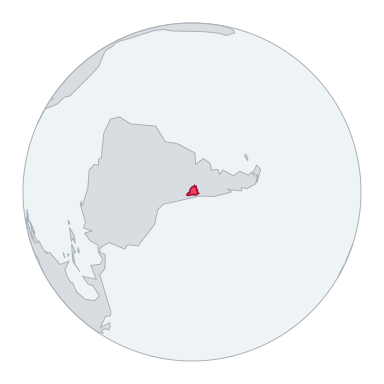 San Juan on an orthographic globe, rotated 253°
{"feature_id": "ARG-1273", "entity_name": "San Juan", "entity_type": "Province", "adm_level": 1, "iso_a3": "ARG", "parent_name": "Argentina", "parent_adm1": "", "projection": "orthographic", "projection_center": [-68.983, -30.369], "detail": "fine", "context": "on_globe", "style": "filled", "palette": "rose", "viewbox_px": 384, "rotation_deg": 253, "n_neighbors": 0, "source": "natural_earth", "source_scale": "10m", "svg_char_len": 5307}
<svg xmlns="http://www.w3.org/2000/svg" viewBox="0 0 384 384"><g transform="rotate(253 192 192)"><circle cx="192" cy="192" r="169" fill="#eef3f6" stroke="#a8b0b8"/><path d="M155.4,27.0L155.7,27.0L169.8,24.9L169.0,25.4L171.9,25.8L174.8,25.1L173.6,24.6L179.7,23.7L177.5,23.7L178.6,23.6L191.4,23.0L191.5,23.1L194.1,23.1L196.9,23.1L199.5,23.2L203.7,23.7L215.1,25.4L215.9,25.9L208.8,26.0L196.9,25.4L187.7,27.3L199.6,25.9L201.2,27.8L203.9,28.3L207.3,28.4L209.0,27.8L210.8,28.6L199.7,29.8L197.9,29.0L201.4,28.5L195.8,28.4L188.4,30.1L189.8,31.3L177.1,33.8L178.0,34.9L175.7,36.3L175.2,34.3L175.9,38.2L161.2,44.8L161.8,54.2L154.8,47.7L148.4,47.9L140.6,49.6L140.5,51.1L130.3,52.4L120.7,58.2L116.6,67.2L119.6,72.9L131.0,70.1L134.7,65.5L143.3,62.9L136.6,74.9L151.4,73.8L149.6,82.9L153.8,87.1L161.4,84.9L169.2,86.4L174.9,80.6L184.0,77.3L184.1,84.8L189.2,77.8L194.3,81.3L212.5,81.6L211.1,83.2L226.5,93.7L243.1,100.1L247.0,106.9L245.0,110.3L250.8,112.5L250.9,115.1L273.8,124.7L285.4,135.2L285.0,144.7L275.1,153.1L265.7,176.5L247.8,181.2L242.9,191.6L228.5,206.3L217.7,203.6L220.5,212.8L214.3,217.5L207.2,217.3L205.8,223.6L200.6,223.5L204.0,228.0L195.5,236.3L197.9,243.6L191.7,250.8L193.5,255.2L191.1,255.1L188.7,256.8L188.5,259.3L181.3,255.3L179.1,245.4L181.7,240.4L178.5,239.8L183.9,227.3L180.5,229.9L181.2,212.2L185.9,198.1L188.7,160.9L185.0,154.1L172.0,146.8L156.3,124.6L160.4,114.9L157.0,111.1L168.1,97.8L165.3,87.5L161.4,86.4L157.4,90.8L144.2,86.3L139.8,79.6L101.1,79.4L97.5,77.7L98.1,72.7L89.1,64.6L91.2,74.9L87.0,74.4L84.3,71.7L86.7,69.4L86.2,64.9L83.0,65.6L85.9,60.7L91.8,56.0L103.5,48.1L115.7,41.2L128.6,35.4L141.8,30.7L155.4,27.0ZM160.7,57.8L177.6,61.7L167.8,63.1L169.7,61.9L165.4,60.1L157.4,59.0L148.8,61.4L160.7,57.8ZM168.8,51.3L165.8,51.2L168.8,50.9L168.8,51.3ZM193.4,264.1L181.9,256.8L188.3,260.0L192.6,256.0L198.7,261.7L193.4,264.1ZM206.1,254.4L211.2,252.7L212.5,254.1L209.2,255.6L206.1,254.4ZM315.2,76.4L314.5,75.7L309.2,70.5L302.8,64.4L315.2,76.4ZM343.0,267.7L341.3,271.0L341.1,270.7L337.8,276.0L334.8,278.9L331.7,279.3L331.7,270.5L335.6,265.0L341.7,250.7L351.7,220.5L355.9,211.7L357.5,202.3L357.1,176.8L357.5,167.6L356.4,161.4L354.7,158.9L352.9,151.7L351.4,149.4L339.4,139.6L333.1,128.7L319.6,103.3L320.0,97.6L315.6,88.9L314.2,75.4L317.2,78.5L324.9,87.7L331.9,97.3L338.3,107.4L343.9,117.9L348.7,128.9L352.8,140.1L356.0,151.6L358.5,163.2L360.1,175.1L360.9,187.0L360.8,198.9L359.9,210.8L358.2,222.6L355.6,234.3L352.2,245.7L348.0,256.9L343.0,267.7ZM320.6,84.6L322.0,86.8L320.6,84.6ZM213.1,81.5L215.3,83.1L212.4,83.0L213.1,81.5ZM166.3,65.9L169.9,65.7L171.8,66.6L169.0,67.1L166.3,65.9ZM197.3,64.7L201.5,65.4L197.0,65.9L197.3,64.7ZM180.3,62.2L193.9,64.5L185.2,66.6L176.7,65.4L182.6,64.6L180.3,62.2ZM166.8,54.7L169.1,55.0L168.3,56.1L166.8,54.7ZM170.9,51.1L170.0,51.3L169.0,50.5L170.9,51.1ZM201.8,27.7L202.8,27.7L206.1,27.9L204.5,28.2L201.8,27.7ZM221.3,28.2L223.8,29.6L220.9,28.5L219.1,28.8L210.8,27.4L215.8,26.1L215.0,26.8L221.3,28.2ZM201.1,25.6L205.8,26.3L200.5,25.7L201.1,25.6ZM80.3,318.8L79.5,317.8L84.4,321.9L90.6,326.8L95.5,330.6L80.3,318.8ZM70.5,309.4L70.7,309.6L68.5,307.0L78.4,316.7L76.1,314.9L71.7,310.6L71.5,310.4L70.5,309.4Z" fill="#d9dde1" stroke="#a8b0b8" stroke-width="1"/><path d="M189.5,191.2L189.6,190.9L189.6,190.7L189.6,190.3L189.6,190.1L189.5,189.9L189.5,189.7L189.4,189.4L189.3,189.2L189.3,188.9L189.4,188.7L189.5,188.5L189.6,188.4L189.8,188.4L189.9,188.2L189.9,187.9L189.9,187.7L190.0,187.7L190.1,187.4L190.0,187.2L190.0,186.9L190.1,186.7L190.2,186.4L190.3,186.2L190.5,186.3L190.8,186.3L191.0,186.4L191.5,186.8L191.6,187.0L191.7,187.3L191.9,187.5L192.0,187.7L192.0,187.8L192.2,188.0L192.0,188.3L191.9,188.4L191.9,188.5L192.0,188.7L192.1,188.8L192.0,189.0L192.0,189.3L191.9,189.5L191.9,189.8L192.0,189.8L192.3,189.8L192.5,189.8L192.7,189.7L192.8,189.8L193.0,189.9L193.6,190.0L193.8,190.1L194.0,190.3L194.1,190.5L194.3,190.5L194.5,190.7L194.5,190.8L194.7,191.0L194.8,191.1L195.0,191.2L195.1,191.3L195.4,191.7L195.5,191.7L195.5,191.8L195.6,192.0L195.8,192.2L195.9,192.4L196.0,192.5L196.3,192.8L196.4,193.0L196.5,193.0L196.7,193.3L196.8,193.5L196.7,193.9L196.7,194.0L196.9,194.1L196.7,194.9L196.8,195.0L196.9,195.3L196.9,195.5L197.1,195.7L197.3,195.8L197.4,196.0L197.5,196.2L197.6,196.3L197.6,196.5L197.0,196.5L196.9,196.5L196.8,196.4L196.7,196.4L196.4,196.5L196.3,196.4L196.2,196.4L196.0,196.5L196.0,196.8L196.0,197.0L196.0,197.3L196.0,197.6L195.8,197.5L195.7,197.5L195.3,197.5L195.2,197.5L194.9,197.5L194.8,197.4L194.7,197.4L194.6,197.2L194.4,197.0L194.0,197.1L193.9,197.2L193.5,197.3L193.4,197.3L192.9,197.7L192.7,197.8L192.2,197.8L192.2,197.0L191.9,197.0L191.8,196.9L191.6,196.7L191.4,196.8L191.2,197.0L190.9,197.0L190.7,197.1L190.4,197.2L190.4,197.3L190.4,197.5L190.0,197.6L189.5,197.7L189.4,197.7L189.2,197.7L188.9,197.7L188.8,197.8L188.8,197.7L188.7,197.7L188.6,197.4L188.6,197.2L188.5,196.9L188.7,197.0L188.8,196.9L188.9,196.7L188.7,196.5L188.4,196.4L188.2,196.2L188.1,195.9L188.0,195.6L188.0,195.4L188.0,195.2L188.0,194.9L188.1,194.7L188.1,194.4L188.2,194.2L188.3,194.2L188.3,194.3L188.5,194.2L188.8,194.0L188.7,193.9L188.6,193.7L188.6,193.3L188.6,193.2L188.7,192.9L188.8,192.8L188.8,192.7L188.9,192.4L189.0,192.3L189.0,192.2L189.3,192.1L189.5,192.0L189.6,191.9L189.7,191.7L189.8,191.5L189.8,191.4L189.7,191.2L189.5,191.2Z" fill="#f43f5e" stroke="#9f1239" stroke-width="1.5"/></g></svg>